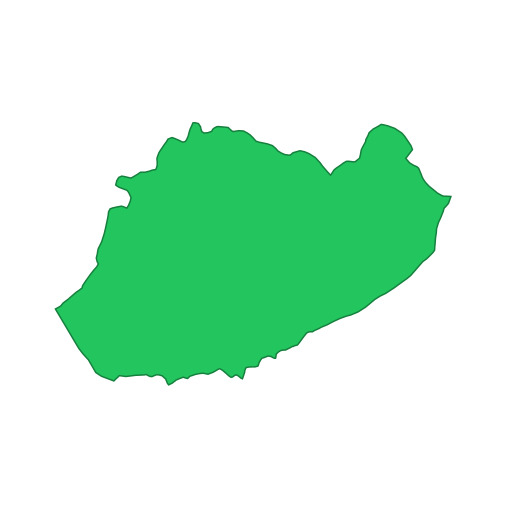 Bois D'Inde, Anse-la-Raye, Saint Lucia (orthographic projection), rotated 115°
{"feature_id": "8701671B8158625953395", "entity_name": "Bois D'Inde", "entity_type": "district", "adm_level": 2, "iso_a3": "LCA", "parent_name": "Saint Lucia", "parent_adm1": "Anse-la-Raye", "projection": "orthographic", "projection_center": [-61.009, 13.942], "detail": "fine", "context": "isolated", "style": "filled", "palette": "green", "viewbox_px": 512, "rotation_deg": 115, "n_neighbors": 0, "source": "geoboundaries", "source_scale": "gbopen_adm2", "svg_char_len": 4330}
<svg xmlns="http://www.w3.org/2000/svg" viewBox="0 0 512 512"><g transform="rotate(115 256 256)"><path d="M184.2,382.2L185.5,383.5L187.3,385.2L189.9,385.4L194.0,386.2L202.2,387.5L203.7,387.6L207.5,387.3L209.5,387.0L213.1,385.0L215.6,383.9L217.8,383.5L219.6,383.4L220.1,383.5L221.9,386.2L224.1,388.4L227.0,392.0L228.8,396.0L233.1,398.6L238.2,402.2L239.7,409.2L240.4,411.5L242.8,413.6L246.4,414.0L250.7,413.2L251.0,413.0L251.2,412.2L251.6,409.4L251.3,405.0L251.0,401.1L251.1,400.4L251.5,399.6L252.6,397.8L255.8,394.0L256.6,393.8L258.9,393.2L263.6,392.9L267.1,393.3L267.2,394.0L267.4,397.4L267.7,399.0L270.6,403.1L272.8,405.9L273.4,406.7L273.9,407.1L275.1,408.2L275.9,408.2L278.3,408.3L281.5,407.2L282.2,407.0L284.9,406.3L294.4,404.1L298.3,403.3L299.7,403.0L308.3,401.9L313.7,402.0L315.8,402.1L318.9,401.4L321.2,400.7L321.6,400.6L325.3,399.9L327.6,398.1L328.4,397.4L329.8,395.6L330.8,395.6L332.8,395.7L335.3,396.4L336.5,396.8L342.2,398.2L349.1,399.5L350.7,399.8L354.2,400.3L356.4,400.6L358.4,400.1L360.6,401.2L361.8,401.8L363.9,403.1L365.6,404.0L371.6,406.7L373.5,407.5L374.4,407.9L380.1,410.9L384.0,411.9L388.8,415.4L402.5,395.3L410.4,383.8L414.9,377.1L418.0,371.0L420.9,364.0L426.2,356.4L429.3,352.0L430.3,345.3L429.3,332.0L428.2,331.6L425.7,330.7L424.1,330.0L422.2,329.3L421.1,325.9L420.2,323.0L415.0,314.7L412.5,309.9L410.8,306.7L409.8,305.4L409.9,304.4L410.0,301.4L409.3,299.3L408.7,298.8L406.0,296.4L404.9,294.2L404.5,292.0L404.2,290.3L404.7,288.9L405.7,285.8L408.7,282.6L409.0,282.1L409.7,280.7L406.6,278.2L402.1,275.9L398.8,272.9L397.5,271.6L396.6,270.7L396.3,267.8L395.9,266.2L392.9,265.1L390.9,262.9L390.0,262.0L389.4,261.5L387.0,258.3L386.4,257.4L385.8,256.5L384.5,254.1L383.9,251.6L383.4,249.5L382.7,248.9L382.1,248.3L381.7,247.8L381.2,247.4L379.9,246.1L379.5,245.7L379.0,245.4L377.6,244.4L375.2,242.8L373.6,241.5L373.5,240.1L373.6,239.2L373.9,237.4L374.5,235.3L375.0,233.4L375.8,230.9L376.2,229.5L376.5,227.3L376.0,226.7L375.8,226.4L375.5,226.1L374.6,225.5L374.1,225.3L373.2,224.9L372.0,223.4L372.1,221.5L373.1,217.7L373.0,216.4L369.9,216.7L366.5,217.1L364.9,217.6L362.8,217.9L361.3,217.7L360.5,216.8L359.5,215.3L357.9,212.2L357.7,211.8L357.0,210.2L355.1,207.8L354.2,207.8L353.8,207.8L352.9,207.9L351.7,208.1L348.2,207.9L346.1,207.4L344.8,205.9L344.4,205.5L342.6,203.8L341.6,202.8L341.1,201.2L340.8,200.3L340.8,199.4L340.9,198.1L340.9,197.2L340.9,196.2L340.4,195.1L339.8,195.1L339.3,195.3L338.7,195.5L336.9,196.0L336.4,196.2L334.8,195.6L333.9,195.3L333.3,195.0L331.3,193.7L329.9,191.8L329.5,191.1L328.8,189.6L326.8,188.0L324.6,186.2L322.5,184.7L322.2,184.0L321.1,183.2L319.1,180.8L315.6,180.0L310.4,179.0L304.9,177.7L303.6,177.1L301.9,175.2L300.8,172.8L298.4,171.2L297.3,170.2L294.9,168.1L293.9,167.4L293.0,166.8L288.2,162.4L282.9,158.4L277.1,153.5L272.3,148.7L269.4,145.2L263.6,139.9L255.9,135.0L245.2,130.0L239.9,126.6L235.1,122.7L226.4,117.3L220.2,113.9L212.4,109.5L208.1,107.5L199.4,105.0L190.7,102.5L186.3,100.1L178.1,97.1L175.2,96.6L172.8,97.6L168.9,99.0L163.6,101.0L158.8,102.4L154.9,103.9L148.6,104.8L143.3,104.8L136.5,105.2L133.6,105.7L132.8,105.6L130.6,104.8L126.9,103.8L119.7,104.5L120.8,107.4L122.3,110.8L122.7,112.8L122.3,118.2L120.9,123.5L119.7,128.5L117.6,133.7L115.8,136.7L114.2,138.8L112.2,140.8L107.7,145.7L107.1,148.0L107.2,151.6L106.7,156.1L105.3,159.2L104.2,161.5L93.8,159.2L93.4,159.2L90.4,162.3L84.6,172.0L82.9,176.0L81.7,184.1L82.3,191.3L83.1,195.4L83.8,198.1L87.0,200.2L91.5,203.5L96.4,205.6L99.4,205.4L104.1,205.6L106.3,205.0L112.5,205.4L115.5,205.4L120.4,204.1L123.6,203.5L128.7,206.0L129.4,207.2L130.9,211.8L132.0,214.1L134.7,216.0L138.8,218.2L142.6,220.5L145.2,221.7L149.1,222.2L151.2,222.6L149.5,226.9L146.3,234.0L144.5,237.1L141.7,243.9L140.8,251.2L141.0,256.0L142.0,260.6L145.1,264.2L146.8,266.1L149.9,267.5L150.8,269.1L151.9,272.8L152.0,276.4L151.6,280.4L150.2,283.5L149.0,287.8L149.6,293.2L150.8,298.3L151.6,301.6L151.9,304.6L150.0,308.9L148.7,312.7L148.2,316.0L148.0,320.1L149.7,324.6L152.3,328.4L153.0,329.8L152.3,332.6L151.3,335.5L152.8,339.9L154.5,344.5L155.3,346.1L157.6,347.9L159.6,348.8L161.7,348.8L164.6,351.7L166.5,355.1L166.2,357.7L164.0,359.7L162.3,360.9L160.3,364.2L161.0,367.7L162.0,369.4L165.0,369.3L169.0,369.3L172.6,368.8L176.2,368.1L180.2,368.1L182.1,368.5L183.8,370.5L183.7,374.7L183.9,380.4L184.2,382.2Z" fill="#22c55e" stroke="#15803d" stroke-width="1.5"/></g></svg>